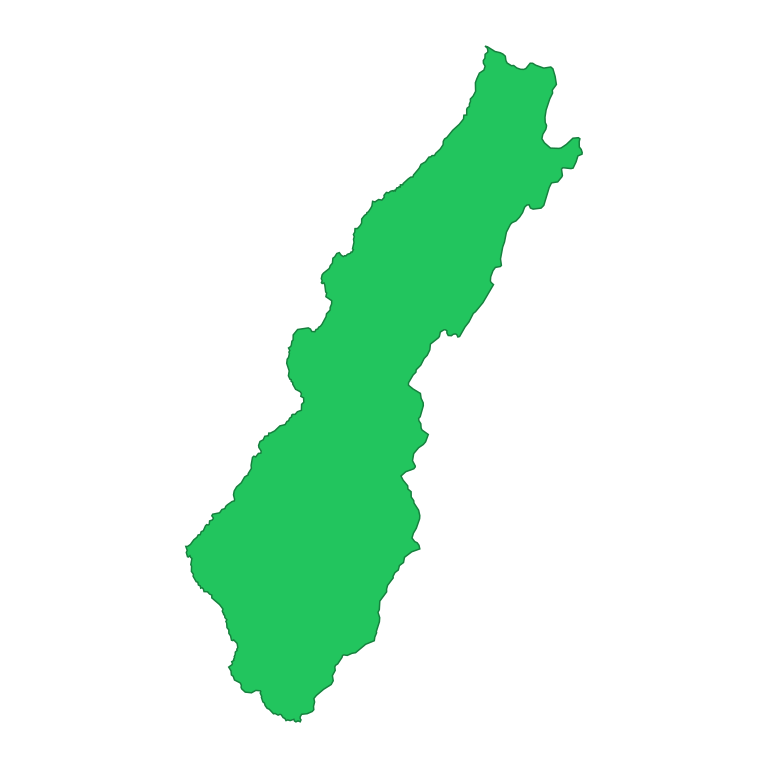 Colombia, Huila, Colombia (Robinson projection)
{"feature_id": "7082276B78082705771395", "entity_name": "Colombia", "entity_type": "district", "adm_level": 2, "iso_a3": "COL", "parent_name": "Colombia", "parent_adm1": "Huila", "projection": "robinson", "projection_center": [-74.711, 3.47], "detail": "fine", "context": "isolated", "style": "filled", "palette": "green", "viewbox_px": 768, "rotation_deg": 0, "n_neighbors": 0, "source": "geoboundaries", "source_scale": "gbopen_adm2", "svg_char_len": 6092}
<svg xmlns="http://www.w3.org/2000/svg" viewBox="0 0 768 768"><path d="M300.2,721.8L301.0,719.9L300.1,718.4L300.2,716.8L301.6,714.3L307.2,713.7L312.2,711.5L313.8,709.7L313.5,706.4L314.6,702.0L313.9,698.5L316.4,695.4L323.6,689.3L331.2,684.5L333.2,680.8L332.4,675.6L335.2,670.4L334.8,666.8L335.7,665.2L337.7,663.9L342.0,657.4L342.5,655.6L343.6,654.9L347.3,655.4L352.0,653.3L355.6,652.7L365.6,644.3L374.3,640.7L374.8,637.1L376.6,632.8L376.3,631.5L379.4,621.8L379.7,617.7L378.0,612.3L379.3,609.7L379.8,601.1L386.6,591.9L386.6,589.0L387.6,585.3L393.2,577.9L393.0,576.4L394.9,572.6L398.3,570.0L399.4,565.6L403.5,562.5L404.5,557.3L411.7,551.8L419.8,548.9L419.0,545.3L417.2,542.8L414.7,541.6L412.0,538.0L413.4,533.2L416.3,528.3L419.6,518.8L419.8,515.6L418.6,510.2L414.0,503.1L413.7,500.6L411.2,497.0L411.1,491.7L407.9,489.0L407.7,485.8L403.1,480.2L401.0,476.0L405.8,471.7L413.8,468.8L415.2,467.0L415.3,466.1L412.5,460.7L413.7,453.6L418.6,447.7L423.3,444.5L425.6,441.8L428.3,434.5L422.0,430.0L421.1,428.0L420.8,423.7L418.9,420.7L418.6,418.5L420.2,416.7L423.3,405.7L423.2,402.8L421.1,398.3L420.4,393.4L413.1,389.0L408.5,385.3L408.5,382.8L413.1,375.0L415.9,372.2L416.2,369.7L420.8,365.1L424.1,358.5L427.2,355.3L429.8,349.9L430.4,344.1L438.5,337.7L439.4,336.4L440.3,332.1L443.9,329.8L445.4,329.8L446.9,330.7L446.9,333.0L448.2,335.5L451.4,335.7L453.2,334.3L455.3,333.9L456.7,334.5L457.9,337.0L459.6,336.5L465.0,327.0L468.9,322.0L473.3,313.4L475.5,311.7L482.9,302.7L493.5,284.6L491.0,282.4L490.4,280.9L490.7,276.8L493.0,270.6L495.4,267.4L500.4,266.5L501.4,265.4L500.5,258.9L502.7,247.0L504.5,242.0L506.4,232.2L510.4,224.4L512.2,222.6L516.0,220.9L519.5,217.2L522.6,212.6L524.6,207.2L526.8,205.1L529.0,204.7L530.4,208.0L533.1,209.1L541.1,208.1L543.8,205.4L549.2,187.5L551.2,183.5L551.9,182.8L557.7,181.9L561.9,176.8L562.4,175.5L561.5,169.2L562.5,167.9L563.9,167.8L571.0,168.6L573.1,168.1L576.1,161.8L577.9,155.9L582.0,154.2L582.2,152.5L581.2,149.4L579.3,147.0L579.2,141.7L579.9,138.8L578.4,137.7L572.9,138.2L566.4,144.4L561.2,147.9L559.0,148.4L550.5,148.1L544.4,142.8L541.9,138.7L542.8,134.3L545.8,129.3L546.4,126.8L546.5,125.3L545.2,122.5L545.0,117.2L546.1,110.0L549.8,98.8L552.6,93.1L552.3,90.1L556.4,84.5L555.1,76.3L552.9,68.8L550.8,67.0L543.8,68.1L535.7,65.2L532.7,63.3L530.2,63.2L525.9,68.5L523.8,69.4L520.5,69.3L516.7,67.9L513.7,65.5L511.4,65.7L507.1,63.0L505.9,60.5L505.3,56.2L503.0,54.1L500.2,52.7L495.0,51.5L487.5,46.8L485.0,46.1L487.3,48.1L487.9,50.8L487.7,52.2L485.1,54.3L484.9,58.3L483.3,60.5L483.4,63.2L485.1,66.2L483.9,70.1L479.4,73.1L476.9,78.6L475.4,82.7L475.6,91.3L473.1,96.1L470.3,99.1L470.5,101.4L469.4,104.0L469.4,106.4L467.2,108.1L466.7,109.4L466.7,115.0L463.9,115.2L463.5,119.0L459.3,124.3L452.7,130.3L446.9,137.5L444.6,138.9L443.3,141.2L443.1,144.7L440.2,149.1L435.8,153.2L434.5,155.5L432.0,155.6L430.9,156.8L428.9,157.1L425.5,161.8L421.0,164.4L419.2,168.2L413.5,175.0L413.0,176.9L410.6,177.2L408.1,179.0L403.2,183.5L402.7,184.8L400.4,184.8L400.3,186.9L399.2,186.6L398.4,187.7L396.9,187.8L395.1,191.0L394.3,190.3L393.3,191.2L392.5,190.7L390.5,191.3L388.7,192.8L386.4,192.4L384.0,195.3L384.2,197.4L381.8,200.1L378.6,199.5L375.0,201.9L372.6,201.3L371.9,206.1L370.6,208.5L368.3,211.9L366.9,212.6L366.6,214.0L364.5,215.4L361.7,219.0L361.6,223.1L360.2,225.5L357.5,228.5L355.0,228.6L354.8,232.1L353.4,234.5L354.3,236.7L353.5,239.2L354.0,242.2L352.5,248.9L353.4,249.6L352.2,252.0L351.1,252.0L350.4,253.3L347.4,254.3L345.9,255.9L344.7,255.7L343.2,256.6L341.0,255.0L339.3,252.6L336.8,253.5L334.7,256.9L332.9,258.2L332.4,263.2L330.3,265.6L329.3,268.5L323.5,273.1L322.1,274.9L321.3,278.7L322.2,280.8L321.4,282.7L322.2,283.5L324.0,282.9L324.8,285.0L325.7,292.0L326.7,292.9L325.9,296.7L331.7,300.7L331.6,304.0L330.2,307.3L330.1,310.1L326.5,313.8L326.1,316.6L322.1,324.1L320.4,326.3L318.7,327.2L317.7,329.1L316.0,329.5L314.9,331.7L311.7,331.5L310.5,329.1L308.3,327.9L297.6,329.5L293.2,334.9L293.1,339.9L291.9,341.2L291.3,345.1L290.7,346.5L288.5,348.0L289.8,350.5L288.9,352.1L289.4,353.6L288.5,357.5L287.2,359.2L286.7,363.3L289.2,370.9L288.4,375.8L290.0,379.3L291.2,379.6L291.2,381.4L292.7,382.4L292.8,384.3L295.6,389.3L300.2,391.7L301.4,393.6L300.8,396.3L303.6,397.9L303.8,402.2L301.6,404.3L301.4,410.3L297.4,411.7L295.2,414.3L292.5,414.4L291.7,415.1L291.6,416.8L289.6,418.2L288.6,420.7L286.9,421.5L285.1,424.6L279.9,425.9L274.7,430.9L270.4,433.1L268.8,433.1L268.4,435.7L264.8,436.3L263.2,439.8L260.0,441.5L258.6,445.4L258.9,447.5L261.2,451.1L260.8,453.2L258.4,453.4L255.7,456.9L253.8,456.2L252.5,457.4L251.1,465.3L251.4,468.4L248.2,473.6L248.2,474.8L244.6,477.0L241.3,482.8L236.6,486.9L234.2,491.0L233.5,494.9L234.6,499.2L234.3,500.9L232.1,501.5L227.4,504.8L225.8,506.3L224.9,508.6L221.9,509.5L219.6,512.8L212.7,514.2L211.8,515.8L213.3,517.8L213.2,518.7L212.1,520.1L209.6,520.9L209.2,524.4L208.1,525.0L206.7,524.6L205.5,525.8L203.3,530.8L201.2,531.7L200.2,534.7L198.2,534.9L197.0,537.2L193.8,539.8L190.4,544.5L187.6,546.4L185.8,546.4L187.2,550.3L186.3,552.5L187.5,556.7L188.4,557.0L189.9,555.7L190.7,557.5L191.9,558.4L190.8,564.7L191.6,566.2L191.4,571.4L193.4,574.2L193.1,576.3L196.2,581.7L197.8,582.2L198.4,585.0L200.3,585.9L200.7,588.2L202.0,587.7L203.3,588.8L204.0,591.6L207.5,591.8L209.5,594.0L211.8,595.1L211.8,597.9L219.6,604.6L223.0,609.1L222.3,611.1L223.0,612.9L223.6,613.1L223.6,614.6L224.7,615.4L224.9,617.6L226.9,619.8L225.9,621.4L226.7,623.2L227.0,627.7L228.8,629.8L228.9,633.5L230.5,635.7L231.5,640.2L232.9,640.6L233.7,639.9L237.1,643.4L237.8,647.6L236.8,649.2L237.1,650.4L235.3,652.1L235.2,654.6L234.2,656.7L234.5,657.7L233.6,659.3L233.8,660.4L231.7,661.7L232.4,663.4L232.1,664.6L228.7,667.1L231.0,670.9L231.4,674.9L233.2,676.3L234.5,680.0L240.2,682.9L241.3,685.0L241.1,687.5L241.8,689.0L245.2,692.1L251.5,692.8L255.8,690.4L260.4,690.8L260.8,691.5L260.2,693.0L261.7,696.4L261.4,697.4L262.9,701.9L264.4,703.0L265.1,705.5L267.1,708.3L269.3,709.3L273.5,713.8L275.1,713.5L278.1,715.1L280.0,714.3L281.2,714.7L283.1,717.6L284.9,718.5L286.0,720.6L287.8,719.9L290.1,720.6L293.9,719.3L294.5,721.0L295.9,721.9L298.0,720.9L300.2,721.8Z" fill="#22c55e" stroke="#15803d" stroke-width="1.5"/></svg>